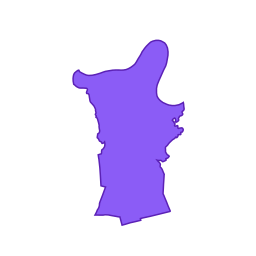 outline of Go Cong, Tiền Giang, Vietnam, rotated 22°
{"feature_id": "81297802B95868582932177", "entity_name": "Go Cong", "entity_type": "district", "adm_level": 2, "iso_a3": "VNM", "parent_name": "Vietnam", "parent_adm1": "Tiền Giang", "projection": "natural_earth1", "projection_center": [106.661, 10.409], "detail": "fine", "context": "isolated", "style": "filled", "palette": "violet", "viewbox_px": 256, "rotation_deg": 22, "n_neighbors": 0, "source": "geoboundaries", "source_scale": "gbopen_adm2", "svg_char_len": 5677}
<svg xmlns="http://www.w3.org/2000/svg" viewBox="0 0 256 256"><g transform="rotate(22 128 128)"><path d="M60.7,92.8L60.5,93.0L59.9,93.4L59.0,94.8L57.9,96.9L57.7,98.2L57.7,99.3L58.0,100.8L58.5,102.6L59.6,105.1L60.8,107.0L61.3,107.8L62.2,108.0L64.4,108.8L65.5,109.0L66.7,109.1L67.1,109.1L67.8,109.1L68.5,108.9L69.4,108.6L70.8,108.0L71.9,107.6L73.1,107.2L74.4,106.8L74.7,106.7L75.1,106.8L75.4,106.9L75.5,107.0L75.9,107.3L76.0,107.6L76.1,108.1L76.1,109.9L76.2,110.5L76.3,110.8L76.4,111.0L76.8,111.4L77.0,111.4L77.3,111.4L77.9,111.1L78.2,111.1L78.5,111.1L79.1,111.5L79.6,112.1L80.1,112.9L80.6,113.8L81.4,115.1L82.0,116.1L82.7,117.2L83.4,117.9L83.9,118.2L85.2,118.8L86.2,119.3L87.4,119.9L87.8,120.1L88.4,120.5L89.3,121.3L90.3,122.2L90.7,122.6L91.0,123.1L91.1,123.3L91.2,123.7L91.4,124.1L91.9,124.8L92.7,126.0L92.7,126.4L92.7,126.7L92.6,126.9L92.6,127.4L92.6,127.6L92.8,127.9L93.3,128.2L93.7,128.4L94.0,128.6L94.2,128.8L94.3,129.2L94.2,129.4L94.1,129.7L94.1,129.9L94.2,130.0L94.4,130.1L95.1,130.1L95.4,130.3L95.8,130.6L96.3,131.0L98.7,134.1L99.9,135.8L100.2,136.2L100.4,136.8L100.7,137.7L101.6,139.3L102.8,141.2L103.0,142.1L103.1,142.7L103.1,143.2L102.9,143.6L102.7,144.0L102.3,144.6L102.1,144.9L102.4,145.7L102.7,147.3L103.1,148.5L103.4,148.7L103.8,148.7L104.2,148.9L104.4,149.0L105.4,149.8L106.0,150.4L106.6,150.8L107.0,150.8L108.3,151.0L108.5,151.0L109.0,151.3L109.2,151.5L109.5,151.9L109.7,152.0L109.9,151.9L110.0,151.9L110.3,151.7L110.7,151.3L111.1,150.8L111.3,150.4L111.4,150.0L111.5,149.7L112.6,151.5L113.0,152.8L113.2,153.9L113.2,154.7L112.7,156.8L112.1,157.7L111.9,158.3L112.2,159.5L112.8,161.0L112.9,161.9L110.4,164.0L112.1,166.9L112.3,167.2L112.6,167.6L116.9,175.6L120.2,182.4L124.6,191.7L126.5,191.5L129.3,191.1L129.5,197.4L129.6,199.9L129.6,201.4L129.7,207.5L129.8,208.3L129.9,208.9L130.2,209.7L130.3,210.0L130.5,210.7L130.6,211.2L130.7,212.5L130.7,213.0L130.6,214.1L130.3,215.3L130.3,216.4L130.3,218.0L130.0,221.1L137.0,218.3L137.7,218.0L138.8,217.3L139.6,216.9L141.6,216.2L142.6,215.9L144.8,215.5L150.1,214.4L152.2,214.0L153.8,213.5L158.9,220.3L161.9,218.0L165.6,215.0L169.8,212.1L174.4,208.8L173.4,207.3L175.6,205.7L178.7,203.6L180.0,202.7L181.5,201.7L190.1,195.5L197.3,190.3L198.1,189.7L198.3,189.3L198.3,189.2L198.0,188.9L194.0,184.9L191.5,182.2L188.4,179.1L186.7,177.3L185.2,175.9L185.1,175.7L184.8,174.9L183.4,170.8L182.1,167.1L179.7,159.8L179.1,158.1L178.9,157.3L178.5,157.0L177.3,155.8L176.5,155.0L175.9,154.3L175.5,153.9L174.4,153.0L173.6,152.5L172.9,152.3L172.6,152.1L172.4,151.9L172.2,151.6L172.0,151.2L171.9,150.7L171.8,150.2L171.7,149.8L171.4,149.3L171.0,148.9L169.6,148.1L168.1,147.5L167.1,146.9L168.0,146.8L168.6,146.6L170.3,145.8L170.8,145.7L171.1,145.7L171.4,145.8L171.7,145.9L172.0,146.1L172.3,146.2L172.7,146.3L173.0,146.1L173.4,145.8L174.8,144.3L175.2,143.8L175.3,143.6L175.3,143.3L175.1,143.1L174.9,143.0L174.7,142.6L174.6,142.4L174.7,142.1L174.9,141.9L175.3,141.7L175.7,141.3L176.2,140.8L176.4,140.2L176.6,139.6L176.8,138.9L176.5,138.6L176.3,138.4L175.7,138.2L175.3,138.2L174.9,138.2L174.5,138.1L174.1,137.9L173.2,137.2L171.9,136.3L171.6,135.7L171.3,135.0L170.9,134.0L170.5,133.2L170.2,132.6L170.0,132.0L170.0,131.7L170.1,131.2L170.7,130.0L171.1,129.0L171.4,127.7L171.8,126.4L172.4,125.0L172.9,123.9L173.6,122.4L174.1,121.6L174.9,120.6L175.2,120.0L175.5,119.2L175.6,118.8L175.7,118.5L175.9,118.4L176.0,118.4L176.2,118.6L176.3,118.8L176.5,118.8L176.9,118.5L177.1,118.0L177.3,117.4L177.3,117.0L177.3,116.2L177.1,116.0L177.0,115.7L177.0,115.4L177.7,115.0L179.0,114.6L179.2,114.4L179.3,114.2L179.3,113.7L179.2,113.5L179.0,113.3L178.7,112.8L178.6,112.5L178.6,112.3L178.8,112.0L179.4,111.7L179.8,111.4L179.9,111.0L180.0,110.6L180.0,109.9L180.0,109.5L179.9,109.1L179.8,108.8L179.6,108.5L179.3,108.2L179.0,108.0L178.7,107.8L178.4,107.7L178.0,107.7L177.6,107.8L176.2,108.6L175.6,109.0L175.1,109.4L174.9,109.5L174.7,109.5L174.3,109.3L174.1,109.0L173.5,107.6L173.2,107.3L172.8,107.3L172.3,107.8L171.8,108.2L171.5,108.4L171.2,108.5L170.6,108.6L170.3,108.4L170.2,108.1L170.1,107.8L170.1,107.4L170.1,107.2L170.1,106.8L169.9,106.4L169.7,106.3L169.1,106.0L168.7,105.8L168.2,105.2L167.6,104.8L167.2,104.6L166.6,104.6L166.2,104.3L166.2,104.1L166.2,103.8L166.2,103.4L167.0,101.9L167.3,101.5L167.4,101.4L167.7,101.3L167.9,101.4L168.2,101.5L168.4,101.8L169.0,102.4L169.2,102.7L169.4,103.0L169.4,103.6L169.4,104.0L169.5,104.3L169.7,104.5L169.9,104.6L170.3,104.6L170.7,104.4L171.4,103.6L171.9,102.7L172.0,102.4L172.1,102.1L172.1,101.8L172.0,101.6L171.9,101.3L171.4,100.7L171.2,100.4L171.2,99.8L171.2,99.4L171.3,99.0L171.4,98.7L171.4,98.3L171.4,98.2L171.4,97.9L172.2,97.0L172.6,96.8L173.1,96.2L173.4,95.8L173.5,95.5L173.6,95.2L173.6,94.7L173.3,94.2L173.1,94.0L172.8,93.8L172.6,93.6L172.3,93.3L172.2,93.1L172.1,92.8L172.1,92.4L172.3,92.1L172.6,91.5L172.9,90.9L173.0,90.2L173.0,89.7L172.8,89.1L171.6,87.0L171.1,86.0L170.5,84.8L169.7,83.6L168.9,84.7L166.6,87.3L163.1,89.6L160.3,90.7L158.1,91.2L157.5,91.4L154.9,91.5L153.0,91.4L150.6,91.3L149.4,90.9L148.3,90.7L147.2,90.3L145.5,89.5L143.9,88.4L142.7,87.2L141.3,84.8L139.6,80.6L139.0,77.6L138.9,76.0L138.9,72.5L139.3,61.1L139.7,56.3L139.4,53.2L138.5,48.8L137.8,45.6L136.6,42.4L134.6,39.0L132.3,36.7L130.1,35.4L128.0,35.1L125.7,34.9L123.5,35.3L121.0,36.3L118.4,38.2L116.8,39.9L115.7,42.2L114.4,45.3L113.5,48.1L113.1,50.0L112.6,51.8L112.4,54.5L112.2,56.1L111.5,59.9L111.0,63.7L110.5,66.0L110.2,66.7L109.9,67.3L108.9,69.1L107.8,70.8L106.1,72.9L104.3,74.6L102.0,76.0L99.8,77.0L98.0,77.6L95.2,78.7L92.2,80.1L88.7,82.2L85.8,84.0L84.0,85.5L81.6,87.7L78.2,90.4L75.1,92.5L71.9,94.0L69.8,94.5L69.2,94.5L67.4,94.5L64.5,94.3L63.0,94.1L61.9,93.9L61.4,93.5L61.0,92.9L60.7,92.8Z" fill="#8b5cf6" stroke="#5b21b6" stroke-width="1.5"/></g></svg>